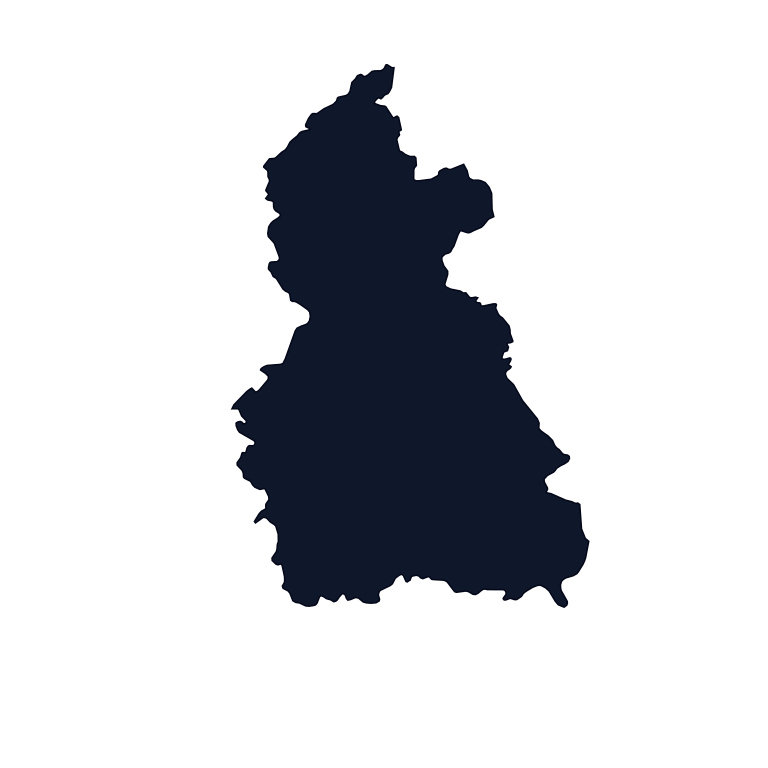 map outline of Vladimir (orthographic projection), rotated 61°
{"feature_id": "RUS-2376", "entity_name": "Vladimir", "entity_type": "Region", "adm_level": 1, "iso_a3": "RUS", "parent_name": "Russia", "parent_adm1": "", "projection": "orthographic", "projection_center": [40.326, 55.967], "detail": "fine", "context": "isolated", "style": "filled", "palette": "ink", "viewbox_px": 768, "rotation_deg": 61, "n_neighbors": 0, "source": "natural_earth", "source_scale": "10m", "svg_char_len": 6170}
<svg xmlns="http://www.w3.org/2000/svg" viewBox="0 0 768 768"><g transform="rotate(61 384 384)"><path d="M219.6,258.9L221.7,257.6L223.1,255.2L227.8,243.4L227.9,236.0L227.3,234.7L225.3,233.3L224.7,232.1L224.7,226.9L225.5,224.8L227.6,223.4L228.8,221.4L230.5,207.8L237.8,207.9L243.7,209.6L245.9,209.4L249.0,207.2L251.4,202.7L253.4,200.5L256.9,197.8L263.0,196.7L269.4,197.4L283.8,204.9L290.9,206.8L290.5,211.8L290.7,213.3L293.4,220.0L294.1,222.8L293.3,231.3L293.2,235.3L292.7,236.8L291.7,238.1L286.9,242.6L287.6,244.2L289.2,246.7L297.2,255.9L298.6,258.6L300.6,261.6L300.8,264.0L300.0,267.4L300.6,270.4L301.2,271.7L301.6,272.3L304.3,273.5L309.7,274.4L316.2,273.6L319.2,275.3L326.3,282.6L329.0,282.8L333.3,279.7L339.6,272.3L343.0,270.4L343.9,268.2L349.8,267.2L351.2,265.4L352.4,261.8L354.1,260.2L355.3,262.9L356.4,263.8L357.9,263.1L359.5,260.9L360.3,260.6L362.9,261.2L364.0,259.1L366.8,249.8L367.8,247.8L368.5,247.2L369.2,247.2L371.4,249.3L372.2,249.6L378.4,250.2L381.2,249.6L383.4,248.4L393.8,246.5L397.6,247.5L401.0,249.2L408.6,250.4L409.4,250.8L409.2,253.5L408.3,255.5L408.2,256.4L408.6,257.1L412.2,257.3L414.7,259.9L414.1,263.4L414.5,264.3L418.0,268.1L419.2,268.2L420.4,267.5L421.3,265.1L422.1,261.4L422.8,260.7L423.8,260.8L425.1,262.2L427.0,265.4L427.7,265.7L430.5,264.4L431.2,265.4L431.7,267.4L431.7,269.7L433.0,272.2L434.8,273.2L438.7,273.7L447.4,271.0L465.8,270.9L488.8,266.8L493.4,267.3L497.6,270.0L499.4,269.9L501.9,269.1L509.3,265.6L515.1,264.0L520.6,264.5L523.4,264.0L526.4,262.6L531.4,261.7L533.2,260.5L535.2,257.9L537.1,257.1L539.1,257.9L540.9,260.6L541.3,264.8L541.0,268.9L541.4,273.8L542.6,276.2L543.3,278.6L543.2,285.4L544.7,289.9L545.9,290.7L547.7,291.3L554.0,291.4L555.4,292.0L557.1,294.5L558.0,294.4L560.9,291.1L573.6,281.5L578.0,276.8L580.9,274.7L581.7,273.6L582.0,272.3L584.3,271.2L606.5,281.5L616.6,282.8L620.9,281.2L633.6,291.8L636.0,294.4L638.2,297.4L642.7,305.5L643.4,307.5L643.4,311.4L641.7,319.1L641.9,322.0L642.6,324.3L645.1,326.9L647.3,328.1L650.4,329.2L663.0,329.1L664.8,330.0L666.1,331.5L666.5,334.7L661.6,338.6L657.0,339.5L645.4,339.9L640.8,341.4L636.4,344.2L635.0,346.1L634.4,348.5L633.9,352.5L634.1,359.2L634.4,362.2L635.0,364.2L636.4,366.8L636.9,372.2L636.2,374.0L632.6,377.5L631.9,382.3L631.2,383.6L629.6,383.9L628.9,383.1L627.2,379.4L626.1,378.6L624.3,378.1L622.5,378.6L621.3,380.1L613.8,393.5L612.7,394.5L611.6,396.6L611.9,399.8L612.6,403.1L612.5,406.0L611.0,408.2L606.5,410.8L604.7,412.9L601.3,421.6L599.9,422.9L587.7,424.7L585.6,425.9L584.0,427.7L578.9,435.8L577.9,437.0L574.3,438.0L573.8,439.4L573.1,444.4L571.2,446.0L568.8,446.6L566.9,448.5L565.6,452.9L566.6,454.6L568.1,456.0L568.4,459.7L567.3,460.5L560.9,459.9L559.0,460.8L558.6,463.1L559.3,468.2L562.8,473.5L563.3,476.2L562.7,487.1L563.1,488.6L564.9,490.6L566.5,491.4L570.0,492.2L571.4,493.4L571.5,497.0L569.5,501.5L566.8,505.6L564.5,507.9L558.8,510.1L556.9,512.5L556.3,517.8L555.5,520.4L553.6,520.8L549.5,520.2L547.6,521.3L547.1,522.2L548.6,526.5L550.2,529.5L550.6,531.5L550.0,533.6L547.1,535.1L543.8,538.4L540.8,539.9L538.3,541.9L539.1,543.9L543.2,548.8L544.0,550.9L543.8,552.4L542.0,557.3L540.1,560.1L534.5,564.1L532.3,567.0L529.4,568.8L521.3,567.7L518.3,568.3L513.8,571.3L511.5,570.9L509.2,567.2L507.2,565.9L504.2,564.4L493.4,561.1L491.4,561.3L490.8,564.3L489.3,565.8L484.2,567.4L481.9,566.3L478.4,559.4L476.9,557.9L472.4,554.9L470.6,552.8L464.0,549.3L455.7,547.5L453.5,548.2L449.7,550.3L444.9,551.5L443.2,552.6L442.1,554.3L443.2,563.8L441.4,564.0L437.0,556.2L436.2,554.0L435.8,552.3L435.9,549.4L435.7,547.7L432.4,546.0L431.6,545.2L429.4,540.7L426.6,539.4L418.4,538.9L417.4,539.4L416.0,543.7L411.6,547.0L408.7,547.8L404.4,547.9L398.8,551.7L397.3,552.0L393.7,550.3L390.8,549.9L383.8,551.7L381.7,550.7L378.9,545.0L375.7,541.8L375.4,541.0L376.9,538.8L376.7,537.8L373.5,534.7L372.6,532.7L372.6,531.6L374.3,529.0L374.6,527.9L374.3,526.6L373.1,525.2L370.7,525.0L356.2,533.8L353.1,534.1L349.2,533.6L346.5,532.4L346.3,530.2L347.1,527.8L348.3,526.9L350.3,526.3L351.3,525.1L351.3,524.2L350.9,523.0L349.3,522.3L343.0,524.0L335.7,523.2L334.6,524.2L332.0,529.0L329.4,525.3L324.1,507.8L323.5,503.8L323.5,501.6L328.4,500.4L328.9,499.9L329.2,498.4L328.8,496.1L324.3,484.2L323.4,482.7L321.1,481.4L317.1,482.6L312.0,485.2L311.4,484.8L310.9,483.6L310.7,480.4L311.1,477.2L316.6,465.2L317.1,462.5L314.3,458.3L294.4,435.7L293.0,432.9L293.3,428.0L294.1,423.6L293.9,421.2L292.6,418.6L289.2,415.7L285.1,414.1L282.0,414.7L273.8,418.6L269.5,421.1L267.9,422.9L267.3,424.1L265.6,425.0L259.7,422.9L258.6,423.0L257.5,423.3L254.9,425.2L252.0,426.3L240.3,426.9L238.8,427.3L236.3,428.8L231.4,428.4L227.7,429.3L226.4,428.8L223.3,426.2L222.4,424.7L222.8,423.1L225.0,418.7L225.0,416.4L223.7,414.6L221.9,413.9L207.5,411.7L199.0,413.7L196.0,412.7L190.6,408.6L188.6,404.9L187.8,402.0L187.5,396.6L186.9,393.8L186.2,392.6L184.0,392.6L180.1,394.8L177.7,395.2L175.6,394.7L171.4,392.5L170.4,392.7L169.3,393.4L166.7,396.5L164.4,397.5L162.2,392.8L157.7,393.6L157.0,393.2L151.1,385.7L148.9,385.0L146.6,385.0L142.3,382.7L140.7,382.4L136.0,384.1L135.1,383.4L131.5,375.0L133.6,370.3L133.6,368.9L131.7,361.2L131.4,356.8L130.1,353.8L127.0,349.1L126.1,345.8L125.0,339.7L123.4,335.8L123.4,333.3L125.3,326.7L125.4,325.4L124.2,325.4L121.1,327.6L119.3,326.9L115.1,321.2L113.0,316.6L113.0,315.0L114.9,311.9L115.0,310.7L114.2,303.1L114.8,293.7L114.7,292.4L113.5,288.3L111.4,286.2L111.1,285.5L111.2,284.4L113.1,278.0L113.3,276.7L113.1,274.7L111.5,271.8L104.7,265.9L103.3,261.0L101.7,258.3L101.5,257.4L101.9,254.4L102.8,253.5L105.1,252.7L106.0,251.1L105.9,248.2L104.8,242.9L105.6,240.4L108.2,235.5L108.5,234.4L108.5,232.6L108.0,230.7L105.9,227.8L105.9,227.1L106.5,226.3L111.1,223.8L112.2,221.9L128.3,233.7L131.0,237.7L131.9,239.9L131.6,242.8L131.8,244.2L132.7,246.3L133.1,248.4L131.0,249.9L131.1,251.6L132.3,255.1L134.0,256.3L138.9,252.1L141.2,248.8L142.3,248.0L155.2,247.1L156.1,246.2L155.8,244.1L156.1,242.7L158.0,242.0L170.0,245.6L170.3,246.2L170.2,247.8L170.4,248.8L173.3,249.5L173.9,250.0L174.8,252.4L176.3,254.3L186.8,257.3L188.1,257.2L189.8,255.8L193.6,254.1L197.0,251.5L198.0,250.3L199.7,247.1L201.6,246.5L208.5,249.7L209.2,251.0L209.5,252.4L211.3,254.2L219.6,258.9Z" fill="#0f172a" stroke="#020617" stroke-width="1.5"/></g></svg>